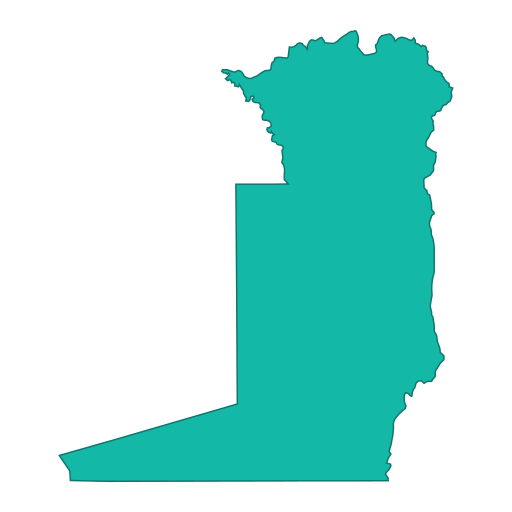 the district of Cujubim, Rondônia, Brazil
{"feature_id": "56859067B44004203412105", "entity_name": "Cujubim", "entity_type": "district", "adm_level": 2, "iso_a3": "BRA", "parent_name": "Brazil", "parent_adm1": "Rondônia", "projection": "natural_earth1", "projection_center": [-62.503, -9.128], "detail": "fine", "context": "isolated", "style": "filled", "palette": "teal", "viewbox_px": 512, "rotation_deg": 0, "n_neighbors": 0, "source": "geoboundaries", "source_scale": "gbopen_adm2", "svg_char_len": 4351}
<svg xmlns="http://www.w3.org/2000/svg" viewBox="0 0 512 512"><path d="M413.9,37.9L411.7,40.4L408.9,39.8L405.7,38.2L401.9,37.2L398.4,38.2L396.4,40.1L395.0,41.1L394.1,38.1L391.1,34.7L389.2,34.0L384.1,35.2L381.7,35.7L380.1,37.2L379.0,38.7L377.8,42.0L377.0,44.0L375.7,44.8L375.6,46.6L376.5,50.1L376.5,52.1L374.9,53.3L368.5,54.8L366.0,55.1L364.2,55.0L360.4,50.8L359.4,49.1L357.6,47.4L357.3,45.6L358.4,40.8L358.4,38.3L357.9,35.6L356.2,31.4L354.9,30.7L353.4,31.5L351.4,31.4L349.2,32.4L346.5,34.4L342.8,36.6L340.2,38.6L337.2,41.4L334.9,42.9L332.9,43.5L329.9,43.2L324.8,42.8L323.9,40.6L321.7,37.4L320.3,37.7L316.4,40.3L315.0,40.8L313.5,40.1L311.1,39.9L309.2,41.7L308.5,43.6L307.4,45.6L307.5,50.1L306.6,48.5L305.3,46.6L303.2,45.1L302.2,43.5L299.4,42.9L297.3,43.9L295.8,45.6L292.9,47.0L291.3,47.4L289.4,47.0L288.1,57.2L286.8,58.1L280.0,57.3L277.1,57.4L274.9,58.1L274.2,60.9L272.0,62.8L271.3,65.3L270.9,69.3L269.0,70.4L266.4,70.5L264.4,71.0L260.6,73.3L257.1,75.9L253.0,77.5L251.6,78.3L249.9,78.5L248.0,78.2L245.9,77.3L244.3,76.2L242.8,73.6L241.0,71.3L238.6,70.4L236.4,71.3L234.7,72.2L232.4,71.6L227.1,69.7L222.5,69.7L221.8,71.4L223.5,72.8L225.6,73.1L227.4,74.2L228.4,72.8L229.7,74.2L228.8,75.6L227.2,77.2L225.5,78.7L227.6,80.6L229.0,80.0L230.7,80.0L231.8,82.9L233.5,82.3L234.9,83.8L234.6,85.9L236.2,86.2L238.5,86.8L239.4,84.6L241.1,87.5L242.4,89.6L243.5,91.0L243.5,93.1L244.9,96.1L246.4,97.7L245.8,101.0L248.5,101.4L249.7,100.5L250.6,97.1L251.8,96.1L253.7,96.4L253.9,98.5L252.1,99.1L252.8,101.2L254.6,102.4L258.8,102.8L260.7,105.1L260.0,107.0L261.0,108.7L262.5,109.3L263.8,111.0L263.7,113.0L262.3,115.2L262.2,117.5L262.7,119.6L264.3,120.2L266.8,120.3L269.6,121.4L271.0,123.5L271.3,126.0L269.2,127.6L267.5,127.8L266.9,129.7L267.6,131.4L268.7,132.4L270.6,132.9L271.4,131.2L272.3,133.4L274.3,134.7L272.4,135.9L272.0,137.8L271.6,139.6L272.1,141.1L274.4,141.9L276.2,142.5L277.3,144.5L279.2,144.9L281.6,145.3L283.2,146.6L283.1,148.7L282.0,150.6L282.2,152.8L282.6,155.1L282.9,157.7L282.2,160.6L281.9,162.7L283.3,164.3L284.0,166.0L284.6,169.6L284.3,175.4L284.2,178.2L284.5,180.0L285.9,181.3L288.2,184.0L273.1,184.2L235.9,184.2L236.8,307.5L237.3,404.0L161.3,426.1L109.8,441.1L107.6,441.7L78.1,450.1L59.3,455.5L66.8,466.5L69.8,470.9L70.4,480.5L107.4,481.3L227.0,481.0L279.8,480.9L301.8,480.8L355.2,480.8L388.2,480.7L388.0,477.9L385.6,474.5L386.0,472.8L389.3,469.2L390.9,465.8L390.5,464.1L386.7,463.1L387.4,460.6L388.5,457.7L390.9,454.1L389.1,451.4L391.2,444.0L392.2,438.2L392.9,434.6L393.5,428.1L393.3,425.3L393.5,422.6L394.4,419.8L395.3,418.3L399.4,413.5L403.1,410.2L405.1,408.7L406.0,405.9L404.9,403.9L404.2,400.2L404.3,394.9L405.8,392.6L408.4,393.5L410.3,395.7L411.7,396.3L412.2,394.0L412.4,392.0L413.3,389.5L414.7,387.9L416.1,383.0L418.3,381.0L421.4,380.8L424.0,383.3L426.5,381.7L428.3,381.3L431.4,381.4L433.2,378.7L434.9,377.0L435.4,375.4L435.1,372.7L435.7,370.5L440.1,363.5L441.9,361.6L443.9,359.7L444.0,356.0L440.3,352.4L439.8,348.2L437.4,341.7L437.0,338.3L436.5,335.1L434.8,332.4L434.2,330.6L434.3,327.0L434.0,323.9L432.8,316.9L431.6,314.9L431.6,312.1L430.8,309.3L430.3,306.2L430.5,304.0L431.1,300.1L431.9,296.1L432.0,294.4L431.7,289.5L431.9,283.9L432.6,278.5L433.9,273.6L434.2,271.0L434.2,257.4L434.2,247.5L433.5,241.6L432.5,237.4L431.4,234.7L431.1,229.7L429.6,225.9L429.5,224.2L429.5,222.2L431.8,215.5L434.1,213.9L433.9,212.2L432.7,211.0L431.7,209.5L431.4,203.7L430.0,196.5L429.5,194.9L427.6,193.8L426.7,190.2L425.2,189.2L424.1,187.7L424.0,184.7L423.7,180.2L424.5,178.3L427.6,176.5L430.1,175.1L431.8,172.9L433.2,171.2L433.7,168.7L433.4,165.7L434.4,163.6L435.2,162.1L435.6,159.6L435.8,157.8L436.0,156.0L435.6,154.0L436.1,152.4L433.6,151.5L432.1,150.6L428.8,148.3L426.1,146.3L425.9,143.0L426.7,140.1L428.3,138.0L429.4,135.7L431.4,131.9L433.6,130.3L433.7,127.5L433.4,125.2L432.8,123.5L433.3,121.2L432.0,119.3L431.4,117.3L432.3,116.1L434.7,115.2L435.6,113.1L436.7,111.4L438.8,111.2L440.7,110.5L441.4,108.4L443.5,105.2L446.0,104.6L448.0,102.3L449.9,101.4L451.2,98.4L451.8,96.3L451.2,92.1L452.7,88.0L449.2,86.9L449.0,83.3L447.4,82.7L445.9,81.2L444.0,78.5L443.5,77.0L442.2,76.3L442.0,73.8L439.8,71.8L437.4,71.4L435.1,70.5L433.8,69.0L431.7,66.3L429.4,65.5L427.6,63.6L427.5,61.7L427.9,58.2L427.3,53.2L428.3,51.8L426.7,50.6L426.2,47.6L425.4,46.2L422.4,45.3L421.1,46.6L418.9,44.4L415.3,43.1L415.2,40.1L413.9,37.9Z" fill="#14b8a6" stroke="#0f766e" stroke-width="1.5"/></svg>